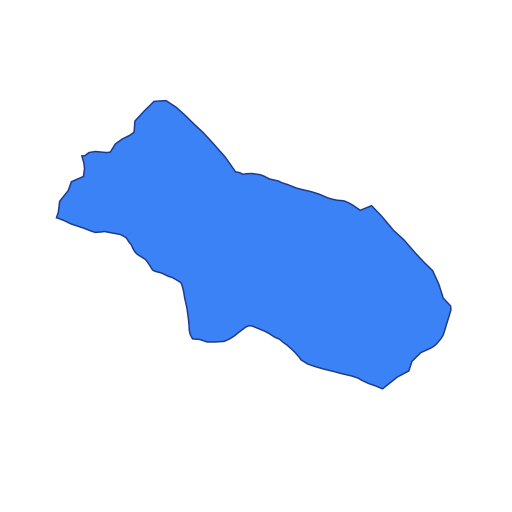 Dzoma, Punakha, Bhutan, rotated 302°
{"feature_id": "84629894B97305398598213", "entity_name": "Dzoma", "entity_type": "district", "adm_level": 2, "iso_a3": "BTN", "parent_name": "Bhutan", "parent_adm1": "Punakha", "projection": "natural_earth1", "projection_center": [89.884, 27.582], "detail": "fine", "context": "isolated", "style": "filled", "palette": "blue", "viewbox_px": 512, "rotation_deg": 302, "n_neighbors": 0, "source": "geoboundaries", "source_scale": "gbopen_adm2", "svg_char_len": 2075}
<svg xmlns="http://www.w3.org/2000/svg" viewBox="0 0 512 512"><g transform="rotate(302 256 256)"><path d="M152.1,246.1L155.4,252.5L157.2,260.2L161.7,267.3L166.7,274.2L171.9,277.7L177.0,280.1L183.4,282.3L190.0,284.8L193.0,286.8L194.6,289.8L195.8,297.1L196.9,303.7L197.2,308.5L197.1,315.1L197.9,320.3L197.2,324.5L196.9,329.4L196.0,335.0L195.0,339.9L193.1,346.1L191.8,349.1L191.8,356.9L193.6,364.8L195.9,373.0L198.5,380.9L201.9,391.8L204.9,400.5L206.6,407.4L206.6,411.4L207.6,419.4L209.2,426.2L210.4,433.7L228.3,440.0L239.5,446.5L249.3,444.1L261.3,446.9L270.3,452.9L273.2,454.4L276.7,455.6L281.9,456.4L283.8,456.6L287.0,456.7L290.1,456.2L309.8,450.9L313.5,449.9L316.7,447.6L319.5,437.1L328.8,426.2L337.2,413.5L339.7,401.7L343.1,389.0L348.1,372.7L350.6,359.1L356.5,340.9L359.9,327.3L358.2,326.1L349.9,320.1L350.1,318.3L350.3,313.1L350.4,310.1L350.2,306.9L349.9,304.5L349.4,301.5L348.7,299.9L346.3,295.3L345.7,293.6L344.5,290.3L343.7,287.4L343.0,284.2L342.7,281.7L342.4,279.8L341.7,275.9L339.9,269.1L338.3,264.2L337.3,261.4L336.2,258.1L335.0,254.1L333.4,245.3L331.6,238.0L331.6,235.7L328.4,226.4L328.0,220.5L327.2,216.5L326.2,214.3L323.8,208.8L320.7,204.3L318.5,201.9L318.0,198.0L317.4,196.1L316.4,194.4L323.7,177.1L329.4,157.7L332.6,146.1L335.1,133.2L337.6,122.0L339.8,109.7L340.1,97.4L337.2,93.3L333.1,87.6L320.2,84.5L306.3,81.8L296.4,87.0L291.5,85.0L284.6,80.7L276.6,77.4L266.9,77.4L264.5,74.4L259.5,64.4L255.2,59.5L250.4,57.7L248.6,55.3L243.6,60.8L239.4,64.2L232.0,67.5L221.2,60.1L212.0,62.1L198.4,60.5L188.3,65.2L182.7,66.5L183.3,68.8L184.4,74.8L185.1,81.9L186.3,86.8L188.4,95.5L189.7,102.7L190.8,107.1L194.3,111.9L196.5,114.5L198.9,120.8L200.5,124.8L202.3,129.4L202.7,133.4L202.6,136.6L200.5,140.9L199.3,144.6L197.2,147.5L195.3,151.1L194.5,154.6L194.5,160.0L194.5,164.0L193.2,167.5L191.7,170.9L190.1,174.0L189.3,176.0L189.6,178.7L191.5,184.9L192.3,192.2L193.4,196.5L193.6,200.7L193.6,204.6L193.6,206.5L191.7,209.1L187.6,213.4L182.2,218.1L175.5,224.8L168.1,231.0L161.7,236.0L157.6,238.8L154.6,241.8L152.1,246.1Z" fill="#3b82f6" stroke="#1e3a8a" stroke-width="1.5"/></g></svg>